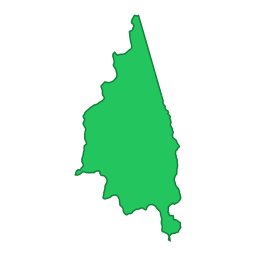 outline of Senador Modestino Gonçalves, Minas Gerais, Brazil
{"feature_id": "56859067B21823759128365", "entity_name": "Senador Modestino Gonçalves", "entity_type": "district", "adm_level": 2, "iso_a3": "BRA", "parent_name": "Brazil", "parent_adm1": "Minas Gerais", "projection": "natural_earth1", "projection_center": [-43.245, -17.835], "detail": "fine", "context": "isolated", "style": "filled", "palette": "green", "viewbox_px": 256, "rotation_deg": 0, "n_neighbors": 0, "source": "geoboundaries", "source_scale": "gbopen_adm2", "svg_char_len": 4446}
<svg xmlns="http://www.w3.org/2000/svg" viewBox="0 0 256 256"><path d="M138.5,15.5L137.2,16.1L135.8,15.6L134.5,15.4L133.8,16.3L133.3,17.4L132.7,18.5L131.9,20.0L131.5,21.7L131.9,23.2L133.2,24.2L133.8,25.9L133.6,27.1L133.0,28.1L132.7,29.6L131.6,30.7L130.5,30.9L129.5,31.6L129.5,33.0L129.7,34.3L129.9,36.3L130.2,38.1L130.3,39.7L130.6,41.0L131.0,42.9L131.6,44.8L131.6,46.6L131.5,48.2L130.8,49.2L129.7,49.7L128.6,50.5L127.7,51.4L126.4,52.6L125.2,53.7L123.8,54.1L122.1,54.3L120.3,54.3L119.0,54.7L117.8,55.1L116.8,54.8L116.0,54.1L115.4,53.1L114.6,52.3L113.4,53.4L112.9,54.9L112.9,56.5L113.4,57.9L113.7,59.1L114.1,60.5L114.2,62.2L113.9,63.4L113.3,64.9L113.8,66.4L114.5,67.3L115.2,68.5L116.0,69.9L116.3,71.5L116.7,72.8L117.0,74.1L116.9,75.7L116.5,77.4L115.4,78.7L114.3,80.0L113.4,80.9L112.2,81.6L111.0,82.1L109.7,82.5L108.1,82.6L106.9,82.5L106.0,82.0L104.8,82.0L103.7,83.0L102.9,84.2L101.9,85.0L101.1,86.0L101.2,87.3L101.9,88.9L102.4,90.5L102.5,92.2L102.4,93.9L102.9,95.4L103.7,96.3L104.4,97.9L103.7,99.4L102.4,100.8L101.0,101.4L99.8,102.1L98.5,103.1L97.2,104.2L95.4,104.7L93.9,105.2L92.7,106.0L91.6,106.8L90.5,107.5L89.5,108.5L88.3,109.5L87.2,110.5L86.3,111.3L85.4,112.1L84.8,113.0L84.4,114.4L83.6,115.3L83.2,116.5L83.6,117.9L84.6,119.0L84.3,120.8L83.2,122.7L83.3,124.5L84.1,125.6L84.7,126.8L85.3,128.0L85.8,129.2L85.5,130.5L85.1,131.7L84.9,133.5L84.8,135.1L84.8,136.8L84.8,138.5L85.1,139.9L86.0,141.4L86.4,142.7L86.5,144.0L85.4,144.8L84.2,146.0L84.1,147.9L84.2,149.9L83.7,151.8L83.3,153.6L83.2,155.3L82.4,157.3L81.9,159.0L81.9,160.4L82.0,161.8L82.6,163.0L83.4,164.6L83.2,166.1L82.4,167.1L81.5,167.8L80.9,168.9L80.1,169.9L78.1,169.8L76.7,170.8L76.1,172.2L75.6,173.5L75.3,174.8L76.5,175.1L78.1,174.9L79.8,174.2L81.0,173.3L82.0,172.2L83.1,171.8L84.5,171.9L86.0,172.4L87.2,172.7L88.8,172.7L90.6,172.7L92.1,172.6L93.4,172.7L94.4,172.5L95.4,171.5L97.1,171.0L98.5,170.8L99.8,171.6L100.0,173.4L100.8,175.0L102.2,175.5L103.3,175.6L104.4,176.0L105.3,176.8L106.3,178.0L107.1,179.9L107.0,181.7L106.6,183.1L105.9,184.1L105.2,185.5L105.0,187.2L104.9,189.0L104.4,190.7L103.8,193.1L103.6,195.5L103.0,197.6L103.8,198.6L104.8,198.9L105.9,198.7L107.3,198.2L108.8,197.8L109.9,197.5L111.0,196.6L112.1,195.7L113.2,195.3L114.3,195.1L115.8,195.1L117.2,195.7L118.1,196.4L118.3,197.6L119.2,198.7L119.5,200.4L119.6,201.9L119.8,203.3L120.0,205.2L120.8,205.9L121.9,206.7L122.7,207.9L123.2,209.3L123.3,211.0L123.8,212.2L124.6,213.4L125.7,214.5L127.0,214.8L128.2,213.8L129.4,213.6L130.6,213.6L132.0,212.9L132.7,211.7L133.6,211.0L134.8,210.2L136.0,209.2L137.5,209.3L139.1,209.0L140.2,208.3L141.6,208.0L143.0,208.1L144.1,209.2L145.6,209.8L146.4,209.1L146.7,207.9L147.5,206.5L149.0,205.0L150.7,204.5L152.5,204.6L154.0,205.2L155.3,206.1L156.2,207.0L156.7,208.1L157.6,208.9L158.6,210.1L159.8,211.4L160.5,212.5L160.5,213.9L160.8,215.2L161.1,216.5L161.6,218.0L161.7,220.2L161.3,222.0L161.5,224.0L162.2,225.7L162.3,227.3L161.9,229.2L161.9,230.8L162.7,231.6L163.9,232.0L165.0,232.5L166.5,233.3L167.8,234.1L168.6,235.3L169.1,236.9L170.0,235.4L171.1,234.2L172.3,233.4L173.6,233.4L175.1,233.2L176.3,232.5L177.3,232.4L178.4,231.8L178.9,229.9L180.0,228.7L180.7,227.6L180.2,225.4L180.4,223.7L180.2,222.5L178.5,221.8L177.6,220.7L176.3,220.1L175.0,219.7L173.7,219.6L173.5,218.0L173.3,215.9L171.5,215.4L170.1,215.7L168.9,214.5L168.8,212.9L167.9,212.3L168.2,210.9L168.3,209.6L168.3,208.2L168.4,206.7L169.4,205.9L170.4,204.8L171.9,204.0L172.7,203.0L173.5,203.9L174.5,204.2L175.6,203.4L176.9,202.8L177.9,202.2L178.9,201.1L180.1,199.8L180.7,197.7L180.3,195.6L180.0,194.1L179.4,192.9L179.4,191.4L178.8,189.9L178.2,188.3L176.8,187.2L175.9,185.8L175.4,184.1L175.1,182.5L174.4,181.0L174.2,179.1L174.8,177.2L175.3,175.7L176.0,174.7L176.8,173.6L176.7,171.6L176.9,169.4L177.4,167.0L177.6,165.1L177.3,163.2L177.1,161.5L177.2,160.3L176.9,158.8L176.1,157.6L176.2,155.8L175.5,154.2L175.6,152.6L175.9,150.5L177.1,149.7L177.6,148.2L178.8,147.6L179.4,146.4L178.8,145.3L177.7,143.9L176.9,142.4L176.5,141.3L176.0,140.1L174.5,138.9L173.4,138.2L172.7,137.1L172.5,135.6L172.4,134.1L173.2,132.9L173.0,131.5L172.4,130.3L172.3,128.6L171.3,126.9L170.5,125.7L170.5,124.0L171.0,122.5L170.8,121.4L170.4,119.7L169.7,118.2L170.3,117.1L169.9,115.9L168.8,114.8L167.8,113.7L168.5,112.5L167.8,110.9L166.0,109.9L165.0,108.2L165.2,106.3L164.1,105.4L163.5,104.0L162.9,102.8L163.2,101.3L146.0,41.4L138.5,15.5ZM170.0,240.6L169.8,238.0L169.1,236.9L168.6,238.4L168.6,239.9L170.0,240.6Z" fill="#22c55e" stroke="#15803d" stroke-width="1.5"/></svg>